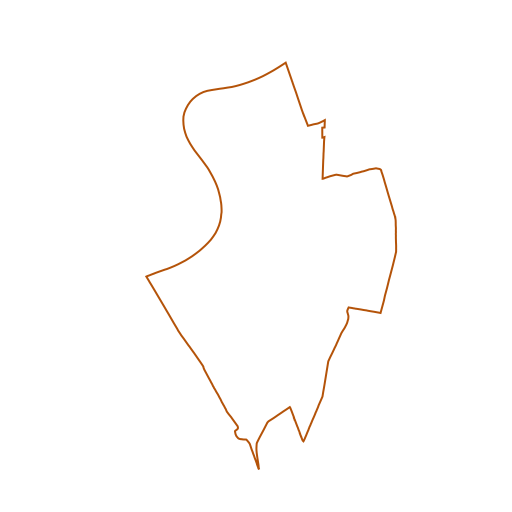 the district of Culemborg, Gelderland, Netherlands, rotated 301°
{"feature_id": "6326949B1305766701073", "entity_name": "Culemborg", "entity_type": "district", "adm_level": 2, "iso_a3": "NLD", "parent_name": "Netherlands", "parent_adm1": "Gelderland", "projection": "mercator", "projection_center": [5.204, 51.949], "detail": "fine", "context": "isolated", "style": "outline", "palette": "amber", "viewbox_px": 512, "rotation_deg": 301, "n_neighbors": 0, "source": "geoboundaries", "source_scale": "gbopen_adm2", "svg_char_len": 6065}
<svg xmlns="http://www.w3.org/2000/svg" viewBox="0 0 512 512"><g transform="rotate(301 256 256)"><path d="M437.0,181.9L432.9,179.9L429.1,178.0L424.3,175.5L420.6,173.4L417.2,171.4L413.6,169.2L410.2,166.9L406.7,164.4L403.6,162.0L400.7,159.7L397.1,156.6L394.2,154.0L391.2,151.1L388.4,148.2L385.8,145.0L382.9,141.6L380.7,138.8L375.4,132.5L372.5,129.2L369.5,126.5L366.0,124.2L362.4,122.4L358.6,121.1L357.5,120.8L354.4,120.2L350.4,119.9L346.2,120.1L342.2,120.7L338.2,122.0L335.4,123.5L334.7,123.9L331.3,126.2L328.1,128.8L325.2,131.8L322.5,135.0L320.3,138.4L318.3,141.8L316.4,145.6L314.8,149.0L314.6,149.5L310.4,160.2L306.8,168.8L305.7,171.0L301.8,177.8L298.7,182.6L296.3,185.9L293.7,189.1L290.8,192.1L287.9,195.0L284.8,197.6L283.7,198.6L281.6,200.2L278.2,202.5L275.9,203.9L273.5,204.9L270.8,206.2L267.0,207.6L263.0,208.6L258.9,209.2L254.8,209.5L250.7,209.3L246.6,208.9L242.6,208.1L238.6,207.1L234.6,205.9L232.4,205.2L231.2,204.8L226.9,203.1L222.7,201.3L219.1,199.5L215.8,197.8L212.2,195.6L208.8,193.5L205.4,191.2L202.0,188.7L198.9,186.3L197.5,185.0L192.8,181.1L190.1,178.9L182.5,173.0L181.9,172.6L179.4,177.3L178.7,178.5L177.8,180.3L174.1,187.2L164.3,205.3L163.4,206.9L163.3,207.1L162.0,209.5L161.2,211.0L159.7,213.7L156.1,220.2L153.0,226.0L152.0,227.6L150.5,230.8L149.5,232.8L147.9,236.7L144.6,244.2L144.1,245.6L143.2,247.6L141.6,251.3L140.9,253.0L140.2,254.5L139.9,255.2L137.4,260.7L136.7,262.3L134.8,266.4L134.4,267.2L133.9,268.0L133.6,268.2L133.2,268.6L132.5,269.5L131.8,270.5L127.2,278.2L125.1,281.8L124.8,282.2L124.5,282.7L124.3,283.1L123.5,284.5L122.2,286.4L122.1,286.8L121.2,288.1L120.5,289.6L119.3,291.6L118.4,293.3L117.8,294.5L116.9,296.0L115.9,297.6L115.2,298.9L114.5,300.0L114.0,300.7L113.9,300.9L113.4,301.6L113.0,302.2L112.5,303.2L111.6,304.7L111.1,305.7L109.6,308.1L109.4,308.6L107.6,311.1L106.4,314.0L105.0,317.9L104.6,318.7L102.2,324.3L100.6,328.0L99.5,329.0L99.1,329.2L98.4,329.3L97.5,329.1L95.4,328.2L94.7,328.4L94.3,328.8L93.1,329.9L92.6,330.4L91.5,332.0L90.9,333.7L90.6,334.7L90.6,335.2L90.8,336.3L91.3,337.7L91.7,338.2L91.9,339.0L92.3,339.8L93.6,342.1L93.5,342.9L92.4,346.1L92.0,346.9L91.7,347.5L90.6,348.8L90.0,349.5L88.0,351.8L86.3,354.0L85.1,355.4L83.5,357.5L83.4,357.6L82.5,358.6L80.9,360.7L78.7,363.4L77.9,364.2L76.7,365.7L75.8,366.8L75.3,367.3L75.0,367.8L75.3,368.0L75.4,367.9L76.0,367.3L76.3,367.1L78.2,365.7L84.7,360.3L87.6,358.0L89.8,356.4L91.4,355.4L93.8,354.1L95.6,353.2L96.1,353.1L96.4,353.0L97.4,352.9L98.6,352.8L102.6,352.5L110.7,352.1L118.2,351.6L118.8,351.6L119.0,351.5L119.9,351.7L120.3,351.8L120.5,351.8L121.0,352.0L122.0,352.5L123.6,353.3L126.0,354.5L127.5,355.2L128.6,355.7L131.3,356.9L131.9,357.2L136.2,359.2L136.5,359.3L140.0,361.0L143.9,362.8L143.7,363.2L143.5,363.6L141.3,366.5L139.0,369.4L137.9,370.8L137.2,371.7L136.8,372.1L136.6,372.0L136.1,372.8L135.4,373.5L135.5,373.7L132.1,378.0L131.9,378.3L131.3,379.0L130.4,380.3L128.7,382.3L128.2,383.1L127.6,383.8L126.3,385.4L126.2,385.3L124.4,387.6L124.5,387.7L122.5,390.1L121.8,391.2L121.6,392.1L122.4,392.1L123.2,392.0L125.2,391.8L125.4,391.7L126.3,391.6L127.9,391.4L130.3,391.0L133.1,390.6L134.1,390.5L134.8,390.3L135.6,390.2L137.1,389.9L138.5,389.8L139.2,389.7L140.8,389.4L141.4,389.4L143.1,389.1L146.0,388.7L147.2,388.6L147.7,388.5L149.4,388.3L150.0,388.2L151.5,388.0L151.6,387.9L152.3,387.8L153.2,387.7L154.3,387.6L156.0,387.3L156.3,387.3L158.4,387.0L160.3,386.6L163.5,386.2L168.9,385.5L169.7,385.4L174.2,383.6L178.4,382.0L181.7,380.7L202.2,372.5L203.0,372.2L207.5,371.7L212.5,371.3L214.3,371.1L215.6,371.0L216.5,370.9L217.1,370.8L219.9,370.6L221.8,370.4L222.1,370.3L222.9,370.2L224.9,370.0L228.0,369.6L230.7,369.3L231.5,369.2L233.0,369.0L233.9,368.9L236.0,368.9L236.8,368.9L239.0,369.0L240.4,369.0L241.9,368.9L243.5,368.8L245.3,368.6L245.8,368.5L248.7,367.7L249.0,367.7L249.5,367.5L250.4,367.1L251.5,366.5L251.9,366.3L252.4,365.9L252.7,365.6L254.8,363.4L255.1,363.0L255.8,362.6L256.1,362.5L256.2,362.4L256.7,362.3L257.1,362.2L258.6,362.0L259.6,361.9L259.9,362.7L260.7,364.6L261.4,366.6L261.8,367.5L262.0,368.2L262.5,369.3L264.2,373.5L265.2,376.2L266.3,378.8L266.6,379.8L267.7,382.7L269.0,385.9L270.5,389.9L270.8,390.7L271.3,392.1L281.6,389.2L284.0,388.5L284.8,388.2L285.7,387.9L288.6,386.9L290.7,386.3L296.0,384.8L299.9,383.6L304.0,382.3L307.9,381.2L318.2,378.2L321.1,377.3L326.6,375.6L331.2,374.1L331.7,374.0L331.9,373.8L333.9,372.7L334.5,372.3L336.7,371.0L338.4,369.9L339.9,368.9L344.0,366.3L345.4,365.5L346.0,365.1L346.9,364.5L348.2,363.8L348.8,363.5L349.1,363.2L351.9,361.6L354.1,360.1L354.4,359.9L354.9,359.6L355.2,359.4L356.7,358.5L357.3,358.1L358.4,357.4L360.8,355.5L360.7,355.4L361.4,354.8L362.5,353.6L363.6,352.3L364.3,351.6L365.2,350.6L365.7,350.0L366.2,349.4L367.4,348.1L367.5,348.0L368.4,347.1L376.1,338.6L378.4,336.1L382.5,331.7L385.4,328.5L387.6,326.2L390.4,323.1L391.1,322.3L393.0,320.0L393.3,319.7L393.8,319.3L393.9,319.1L394.1,318.9L394.1,318.7L394.2,318.4L394.3,318.1L394.3,317.6L394.2,317.3L394.2,316.9L394.0,316.5L393.0,313.8L393.0,313.7L391.3,311.8L389.8,310.0L388.8,308.7L388.5,308.4L387.5,307.6L386.1,306.4L385.2,305.6L384.5,305.0L383.9,304.4L383.4,303.9L383.0,303.4L382.2,302.7L381.5,302.1L380.3,300.9L379.8,300.4L379.0,299.6L377.1,297.5L376.7,297.1L376.2,296.7L374.8,296.0L374.5,295.8L371.3,293.3L371.1,293.0L371.0,292.8L370.8,292.5L370.7,292.0L370.4,291.4L369.4,289.0L367.7,284.5L367.1,283.0L366.8,282.7L366.4,282.2L362.6,278.5L360.1,276.4L359.1,275.5L358.2,274.8L357.0,273.9L356.7,273.6L356.5,273.3L364.6,268.8L366.4,267.8L373.1,264.1L374.5,263.4L378.8,261.0L380.2,260.3L389.3,255.3L392.1,253.9L393.2,253.4L391.8,252.2L391.6,251.9L400.1,246.7L401.5,248.6L402.9,247.8L405.2,246.5L406.7,245.7L407.9,245.0L405.5,243.6L404.7,243.0L404.0,242.6L403.4,242.2L402.0,241.2L401.4,240.7L400.6,239.9L400.2,239.4L398.4,237.4L396.9,236.0L395.2,234.3L394.7,233.8L394.7,233.7L394.4,233.4L394.6,233.2L394.9,232.8L401.5,224.3L401.4,224.3L402.2,223.3L402.3,223.1L403.5,221.7L404.7,220.2L407.7,216.7L412.8,210.7L416.6,206.3L421.7,200.1L422.0,199.8L422.7,198.9L424.2,197.2L424.7,196.5L425.1,196.1L437.0,181.9Z" fill="none" stroke="#b45309" stroke-width="2"/></g></svg>